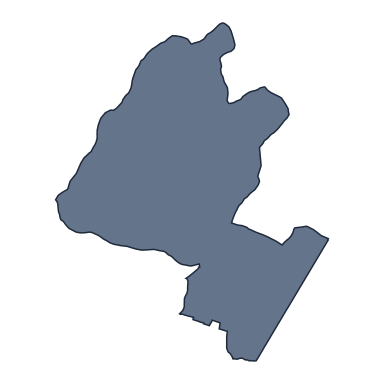 outline of Purmerend, Noord-Holland, Netherlands
{"feature_id": "6326949B8869090595059", "entity_name": "Purmerend", "entity_type": "district", "adm_level": 2, "iso_a3": "NLD", "parent_name": "Netherlands", "parent_adm1": "Noord-Holland", "projection": "mercator", "projection_center": [4.93, 52.542], "detail": "fine", "context": "isolated", "style": "filled", "palette": "slate", "viewbox_px": 384, "rotation_deg": 0, "n_neighbors": 0, "source": "geoboundaries", "source_scale": "gbopen_adm2", "svg_char_len": 5807}
<svg xmlns="http://www.w3.org/2000/svg" viewBox="0 0 384 384"><path d="M55.6,199.8L56.4,200.8L57.3,202.3L57.7,203.6L58.0,206.4L58.3,210.1L58.6,211.9L58.8,212.7L59.5,214.3L60.1,217.6L60.5,218.8L60.8,219.6L61.3,220.1L62.5,220.7L63.4,221.6L64.2,222.5L65.6,224.6L68.8,228.2L70.0,228.9L75.7,231.9L77.0,232.3L80.8,232.9L85.3,232.7L89.1,232.1L91.5,232.4L92.0,232.5L98.7,235.5L99.4,236.0L104.0,239.3L107.4,241.1L109.6,242.6L113.4,244.1L114.2,244.3L120.6,245.6L126.9,246.3L134.8,248.7L140.8,250.0L142.2,250.1L146.4,249.9L153.8,249.4L154.1,249.4L159.7,250.7L162.4,251.1L163.5,251.3L164.8,251.8L165.5,252.2L166.5,253.1L167.1,253.8L168.5,254.9L171.2,256.2L171.7,256.5L172.6,257.4L174.8,259.6L177.0,261.5L178.4,262.6L180.0,263.5L181.0,264.0L182.4,264.5L185.6,265.0L188.7,265.7L190.9,266.0L192.4,265.7L199.2,264.0L199.7,267.2L199.3,267.2L198.7,267.2L198.7,267.4L198.1,268.7L197.8,269.0L192.5,273.5L189.6,275.8L186.0,278.4L186.7,278.6L187.1,279.0L187.4,279.7L188.0,281.3L187.6,287.3L187.6,290.2L187.6,290.9L186.7,293.7L185.2,296.5L184.4,298.7L184.2,307.1L184.1,307.4L182.8,310.5L179.6,313.8L180.0,314.0L180.2,314.3L180.3,314.3L180.7,314.3L181.3,314.0L181.6,314.1L181.8,314.0L182.5,314.3L185.8,315.4L186.5,315.4L187.2,315.7L187.6,315.9L188.6,316.2L190.4,316.5L193.0,317.3L193.6,317.5L193.6,317.9L193.4,318.0L193.2,318.6L193.0,319.6L199.2,321.6L199.8,322.0L200.2,322.1L200.5,322.1L201.3,322.4L203.0,322.8L203.4,322.7L203.8,323.2L203.7,323.3L203.5,323.5L203.6,323.8L209.4,325.7L209.5,325.5L209.6,325.1L209.9,324.3L210.1,324.3L210.7,323.1L211.0,322.6L211.3,322.5L211.3,322.0L211.8,321.2L212.2,320.4L212.2,320.2L212.7,320.3L212.9,320.4L220.1,322.9L219.2,328.9L223.9,330.3L227.3,331.4L226.7,336.4L226.7,347.9L226.8,348.4L227.3,350.0L228.3,352.1L228.6,352.4L230.1,353.5L230.5,353.9L231.2,355.1L231.8,356.1L232.6,357.9L233.0,358.9L233.6,358.9L233.9,359.0L234.2,358.5L236.6,359.2L236.9,359.2L237.9,359.0L239.1,358.5L241.5,358.1L243.4,358.6L244.2,359.4L245.3,359.7L245.7,360.0L246.3,359.9L247.6,360.0L248.3,360.5L248.8,360.7L249.9,360.6L250.4,360.8L251.7,360.8L252.8,360.7L253.4,361.0L254.7,360.9L256.2,360.8L257.3,359.0L262.6,350.1L264.3,347.1L267.0,342.7L270.0,337.6L275.0,329.2L278.0,324.1L278.1,323.8L279.1,322.3L287.0,309.0L287.1,308.7L287.7,308.0L288.6,306.4L290.2,303.7L328.1,240.2L327.7,239.9L328.4,238.7L324.9,237.2L321.2,235.6L316.7,232.0L313.2,229.5L307.5,226.6L306.7,226.3L305.9,226.3L301.4,227.1L295.9,227.7L294.9,227.9L294.5,228.2L294.3,228.5L293.9,229.2L293.0,232.4L292.9,232.8L291.6,234.9L291.0,236.1L290.8,236.4L288.8,238.6L287.5,239.6L287.0,240.0L284.9,241.9L282.0,245.0L278.8,242.9L275.9,241.1L273.1,239.6L272.9,239.6L269.1,237.6L267.1,236.6L262.9,234.8L255.7,232.1L251.9,230.3L249.7,229.4L248.5,228.8L246.9,227.4L246.5,227.2L242.1,225.6L238.0,225.1L236.4,224.6L231.6,223.0L231.7,222.6L232.3,220.4L232.9,218.6L234.9,213.6L235.5,212.3L236.4,210.7L238.3,206.7L238.7,206.0L239.1,205.5L241.7,203.0L244.4,198.8L244.9,198.4L247.1,197.0L250.1,193.5L254.2,190.2L255.2,189.3L258.2,184.9L259.4,181.8L259.5,181.3L259.4,180.9L258.9,179.2L258.6,178.2L257.8,176.5L257.8,176.2L257.9,175.7L260.5,167.6L261.1,165.7L259.7,150.2L259.5,147.8L259.5,147.6L259.9,147.0L262.9,143.5L263.7,141.9L264.3,140.8L264.7,140.4L267.1,138.8L267.9,138.0L269.6,136.1L270.2,135.3L272.3,133.6L273.5,133.0L274.0,132.6L275.6,131.1L276.2,130.6L278.4,128.3L279.8,126.5L280.2,126.0L281.2,124.7L282.6,123.0L284.2,120.8L286.4,118.6L287.4,117.5L288.0,116.2L288.7,115.3L289.0,114.8L288.7,112.9L288.5,112.1L288.3,110.7L288.2,109.5L288.1,108.8L287.3,107.3L284.8,103.0L282.2,99.1L281.5,98.0L281.0,97.7L279.3,96.7L272.1,93.2L270.3,92.2L268.1,90.7L267.4,90.1L265.2,87.3L264.7,87.0L264.4,86.9L260.9,87.7L259.3,88.4L258.0,89.5L255.2,90.6L253.6,90.9L250.9,91.6L248.7,92.5L245.8,94.4L242.8,96.6L242.5,96.9L242.1,97.7L241.6,98.3L240.8,99.2L240.1,99.7L236.0,101.3L235.7,101.5L234.4,102.3L233.1,102.8L229.6,103.5L229.0,103.4L228.7,103.1L228.4,102.8L227.9,102.0L227.3,101.0L227.2,100.6L227.4,98.5L227.7,96.0L228.0,93.5L227.6,89.4L227.4,87.7L226.9,86.6L226.0,85.1L224.3,82.1L224.1,81.5L223.0,77.2L222.9,76.7L222.3,75.7L221.4,74.2L221.2,73.7L220.7,69.6L220.6,68.7L220.8,68.3L221.4,67.2L221.5,66.7L221.1,64.0L220.2,60.9L219.9,59.7L219.9,59.1L220.2,58.1L220.4,57.5L220.6,57.2L222.7,55.2L223.5,54.6L225.2,53.5L228.1,52.2L230.1,51.6L231.5,51.0L232.0,50.4L233.8,48.8L234.0,48.6L234.1,48.2L234.2,47.8L234.9,45.4L234.9,45.2L234.7,43.8L233.9,40.4L232.4,35.3L231.1,31.1L229.5,27.9L229.0,27.1L228.7,26.7L226.6,24.9L224.3,23.4L223.7,23.2L223.0,23.0L222.0,23.1L219.6,24.2L219.1,24.6L213.9,29.8L212.9,30.7L210.4,32.6L208.1,33.9L207.0,34.8L205.7,36.6L204.6,38.2L204.0,38.9L203.0,39.6L199.6,41.6L194.4,43.0L193.1,43.5L191.9,44.0L191.5,44.1L191.3,44.0L190.2,42.8L187.9,39.5L187.6,39.2L186.3,38.5L181.0,36.7L180.4,36.6L176.0,35.9L173.3,35.7L172.3,35.8L171.9,36.0L171.3,36.4L168.4,38.5L165.3,41.3L164.7,41.8L160.9,43.1L156.4,46.4L152.0,49.2L148.4,52.5L147.5,53.4L146.5,54.7L145.2,56.7L144.7,57.6L144.2,58.2L143.3,59.2L141.9,60.1L141.2,60.7L140.9,61.0L139.1,65.4L137.6,67.7L136.4,69.0L135.8,69.9L135.6,70.4L135.3,71.2L132.8,78.5L132.2,81.0L132.0,82.8L131.3,86.8L131.0,87.9L130.7,88.6L129.0,92.3L128.5,93.1L128.2,93.4L126.6,94.7L126.1,95.2L124.9,96.7L123.2,99.2L122.9,99.7L122.1,102.1L121.8,102.6L116.6,108.2L115.9,108.7L114.2,109.9L113.7,110.2L113.2,110.3L111.0,110.1L110.4,110.2L105.4,112.7L101.4,117.5L101.0,118.0L100.5,119.0L98.6,124.1L98.4,124.8L97.8,127.3L97.4,129.2L97.2,130.1L97.2,131.4L97.1,133.9L97.2,136.3L97.1,138.5L96.5,140.5L96.2,141.7L96.1,142.2L94.8,145.0L94.5,145.5L93.6,146.8L93.3,147.2L91.8,150.4L91.1,151.5L90.4,152.2L89.2,153.0L86.5,155.7L84.5,157.4L84.1,157.9L81.2,162.5L80.5,163.9L76.3,173.5L70.9,180.2L70.3,181.0L69.9,181.9L67.9,188.6L67.6,189.1L67.4,189.3L67.1,189.6L62.1,192.5L58.5,195.1L57.9,195.8L55.6,199.8Z" fill="#64748b" stroke="#1e293b" stroke-width="1.5"/></svg>